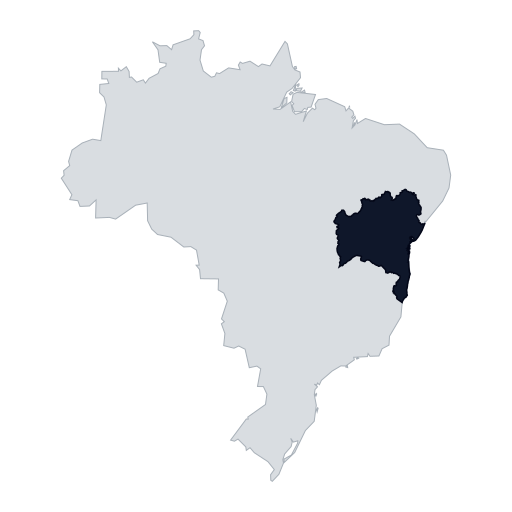 Bahia highlighted on a map of Brazil
{"feature_id": "BRA-624", "entity_name": "Bahia", "entity_type": "State", "adm_level": 1, "iso_a3": "BRA", "parent_name": "Brazil", "parent_adm1": "", "projection": "natural_earth1", "projection_center": [-41.603, -13.426], "detail": "fine", "context": "in_parent", "style": "filled", "palette": "ink", "viewbox_px": 512, "rotation_deg": 0, "n_neighbors": 0, "source": "natural_earth", "source_scale": "10m", "svg_char_len": 9612}
<svg xmlns="http://www.w3.org/2000/svg" viewBox="0 0 512 512"><path d="M131.5,77.0L136.7,82.2L143.3,79.8L145.4,83.1L149.1,78.3L158.1,73.5L160.0,68.8L165.8,66.2L166.2,63.3L159.7,62.3L158.0,49.8L152.4,41.8L160.0,45.8L166.8,45.6L171.6,49.7L173.1,44.8L190.1,38.8L193.9,34.7L193.7,30.9L198.7,30.7L200.2,32.5L198.6,38.9L203.0,40.6L204.5,45.8L201.5,49.7L200.0,60.1L203.3,71.0L211.3,77.2L214.8,76.3L216.5,72.8L219.5,73.6L228.6,67.9L240.1,69.7L238.4,65.1L240.2,62.0L242.5,63.4L250.0,61.2L258.4,66.6L262.0,64.0L270.0,65.9L285.0,41.4L287.4,43.9L292.4,66.5L295.0,70.0L300.0,72.0L300.5,77.7L292.0,88.5L286.7,92.1L279.8,106.8L273.0,109.0L280.1,109.4L290.6,101.9L292.7,111.4L295.5,114.3L306.4,111.0L303.2,121.7L307.4,113.2L312.4,108.2L314.8,109.7L316.0,108.2L315.0,104.3L318.3,99.6L326.7,98.5L344.7,106.7L346.0,110.9L348.6,108.0L352.8,111.2L353.9,114.7L351.7,117.2L352.7,118.4L354.9,116.1L355.5,118.3L353.4,120.7L352.1,128.0L354.9,125.0L357.0,119.6L357.4,123.5L365.5,118.5L384.4,124.7L399.5,124.1L414.3,133.9L427.2,147.7L443.4,150.2L446.5,155.2L450.7,175.1L449.0,188.0L442.7,201.0L425.2,222.5L425.2,220.8L421.9,230.6L416.4,239.2L413.8,240.5L411.9,236.6L410.3,238.5L408.0,247.8L409.9,274.1L406.7,289.3L407.2,295.3L402.3,301.7L400.9,316.9L389.5,336.2L389.0,345.1L382.1,348.7L378.9,356.0L370.0,356.3L368.1,353.5L367.4,356.6L353.7,357.3L354.3,359.8L345.7,366.0L340.8,365.9L332.2,371.0L321.4,380.3L319.4,384.7L317.5,383.0L316.8,385.0L314.3,384.1L317.5,386.8L315.0,389.6L314.3,394.6L316.3,405.3L314.2,421.3L305.4,430.5L294.7,452.5L284.3,462.4L284.0,459.1L291.4,455.0L297.7,443.0L297.8,440.8L293.4,442.1L290.7,438.3L292.2,442.1L291.1,446.6L284.7,453.9L282.8,459.7L283.5,463.0L278.9,474.3L272.3,481.3L270.8,480.3L270.6,474.7L274.3,469.6L268.0,461.7L254.3,452.7L250.0,447.7L246.3,450.4L245.8,446.9L238.0,439.1L234.4,441.2L230.6,440.1L246.3,419.0L248.2,419.1L247.8,417.0L265.5,404.5L266.9,394.1L263.4,386.6L257.5,386.5L260.7,368.8L256.9,366.1L249.3,367.7L245.1,349.2L238.7,346.0L234.0,348.2L223.7,345.6L224.9,333.5L221.4,323.8L224.3,321.7L221.5,318.9L227.3,301.2L223.8,293.1L218.2,289.9L218.5,278.9L200.5,278.7L199.6,269.6L196.1,265.2L199.2,265.1L196.5,250.1L190.8,246.6L183.8,247.0L171.0,237.2L157.5,234.5L151.7,229.1L147.6,220.7L147.2,203.0L135.6,205.2L115.6,219.1L109.5,217.4L95.6,218.0L96.1,199.9L89.4,206.0L80.0,206.4L77.9,200.7L69.7,199.6L71.9,194.7L61.3,178.2L64.1,175.3L63.6,170.7L69.7,165.6L68.6,161.4L72.0,150.1L82.2,143.0L92.6,139.2L100.8,140.6L106.3,104.9L104.0,97.0L99.6,92.7L99.8,84.4L108.8,83.5L107.2,79.0L101.8,78.9L101.9,71.4L118.5,71.3L118.4,68.2L120.9,70.9L126.3,66.7L129.1,71.5L129.4,77.4L131.5,77.0ZM297.0,92.4L315.5,94.5L311.1,107.1L307.8,107.4L307.2,109.5L304.4,108.5L301.5,111.7L294.5,111.7L292.0,105.4L293.8,103.8L291.6,101.5L293.1,94.2L297.0,92.4ZM281.3,107.6L284.1,98.6L287.0,97.3L286.8,102.9L281.3,107.6ZM302.1,88.0L300.3,91.4L296.1,90.6L296.8,88.4L302.1,88.0ZM295.8,84.3L295.1,91.2L293.3,90.5L295.8,84.3ZM305.1,92.4L302.4,92.7L301.2,92.2L304.5,90.1L305.1,92.4ZM293.0,92.6L290.3,94.9L289.2,93.7L291.1,91.7L293.0,92.6ZM298.0,86.6L296.7,85.1L298.9,83.7L299.1,85.1L298.0,86.6ZM296.6,68.7L295.0,69.1L294.6,66.6L296.1,66.4L296.6,68.7ZM317.1,412.0L316.5,409.7L317.7,407.7L318.1,408.3L317.1,412.0ZM347.3,365.1L347.7,367.6L345.8,367.0L347.3,365.1ZM315.9,396.1L315.1,394.8L316.3,393.4L316.7,394.0L315.9,396.1ZM354.5,123.5L353.3,126.1L354.5,122.4L354.5,123.5ZM412.8,240.9L411.0,241.6L412.1,239.6L412.8,240.9ZM358.6,358.3L356.8,359.1L356.4,358.7L357.5,357.5L358.6,358.3ZM409.8,245.6L409.1,247.0L408.6,246.1L409.8,245.6ZM349.5,105.7L349.6,107.1L349.1,106.9L349.5,105.7Z" fill="#d9dde1" stroke="#a8b0b8" stroke-width="1"/><path d="M423.0,224.1L424.6,223.7L425.1,223.1L424.4,224.5L422.2,230.0L420.9,232.5L418.3,236.8L415.6,240.2L413.9,241.1L413.5,241.2L413.7,240.2L413.9,240.0L414.0,240.2L413.9,239.6L414.1,239.3L413.8,238.7L413.7,237.8L412.6,237.5L412.4,236.8L411.9,236.5L411.9,236.0L411.7,236.4L411.6,237.3L411.3,237.7L411.5,237.9L410.8,239.1L410.4,239.0L410.2,238.6L410.0,237.8L410.4,237.2L410.2,237.0L409.6,237.9L410.2,238.7L410.3,239.3L410.6,239.4L410.9,239.2L411.0,239.5L411.6,239.5L411.3,240.0L411.3,240.6L411.0,241.1L409.9,241.9L410.0,242.3L410.8,242.6L409.4,243.8L409.1,244.7L409.3,245.3L408.5,245.2L408.5,244.8L408.2,245.6L408.3,246.4L408.0,246.9L408.0,247.7L407.7,247.9L408.0,247.9L408.0,247.2L408.3,246.7L408.5,246.6L408.9,247.2L408.8,247.8L409.2,248.8L408.9,249.4L409.0,250.6L408.8,250.6L408.5,250.4L408.3,249.8L408.0,249.5L407.9,249.2L407.5,249.2L407.4,249.5L407.7,249.3L407.7,249.7L408.1,250.0L408.5,250.7L408.9,250.9L408.7,251.1L408.2,251.0L408.1,251.3L408.2,251.8L408.9,252.4L409.0,253.2L408.6,253.4L408.3,253.2L408.1,253.4L408.2,253.7L408.1,254.1L408.4,254.5L408.2,253.8L409.3,253.3L409.1,252.4L409.3,252.1L408.9,251.7L409.2,251.3L409.5,251.3L409.6,252.6L408.9,255.0L409.0,256.1L408.8,256.5L408.8,257.3L408.1,260.3L408.5,261.7L408.3,261.9L408.6,261.9L408.8,266.8L409.5,272.3L410.1,273.9L409.3,276.4L409.2,277.8L408.7,278.8L408.7,279.8L408.2,280.7L407.8,283.2L407.4,284.9L407.5,285.9L407.3,286.6L407.1,288.1L406.7,289.1L406.6,290.6L406.9,292.4L406.8,293.9L407.3,295.1L407.2,295.4L406.1,296.7L406.0,297.2L404.6,297.8L403.8,298.8L402.5,301.0L402.1,302.5L397.1,298.9L396.6,297.8L397.0,296.9L396.8,296.1L396.0,295.4L395.7,294.9L395.2,294.5L394.9,293.7L394.1,293.6L394.0,293.2L394.2,292.3L394.0,292.0L393.7,292.2L393.8,291.4L393.4,291.5L393.2,291.9L392.9,291.7L393.0,290.7L393.4,290.2L393.3,288.6L393.8,286.3L394.2,285.7L394.9,285.9L395.9,285.8L396.5,285.3L396.5,285.0L396.1,284.3L396.3,282.3L397.0,281.9L397.6,281.9L397.6,281.4L398.3,280.2L399.5,279.3L399.8,278.0L400.3,277.2L400.1,276.4L399.6,275.6L398.9,275.6L397.9,274.6L397.6,274.4L397.2,274.4L396.7,273.6L395.4,273.6L394.3,273.0L393.6,273.3L393.2,272.8L392.5,272.4L391.5,272.7L390.9,272.0L390.1,272.1L389.6,271.9L388.8,272.6L387.7,273.1L386.2,272.6L385.9,272.6L385.5,269.8L381.2,265.3L380.7,265.5L379.8,266.1L378.4,266.2L377.6,265.3L377.2,265.4L376.4,265.2L375.0,264.4L373.6,263.3L372.8,263.3L370.4,261.2L369.8,260.4L367.8,259.9L366.6,260.1L365.6,260.6L365.0,261.5L364.5,261.6L361.1,260.5L360.8,260.1L360.8,259.5L360.7,259.0L361.5,256.5L360.6,256.0L360.0,256.0L359.5,255.7L359.1,255.8L357.8,255.6L357.3,255.3L357.1,255.5L356.3,255.4L353.1,257.1L351.3,258.5L351.0,259.2L350.8,259.4L348.6,260.8L347.5,261.0L346.5,262.4L345.3,263.3L344.2,263.4L343.7,264.1L343.2,264.6L343.0,265.2L342.3,265.7L340.5,265.5L340.1,266.3L339.2,266.9L340.1,264.1L339.6,262.6L340.6,260.7L340.5,259.7L340.1,258.5L340.6,256.6L339.7,256.1L339.2,255.2L338.5,254.7L338.1,253.4L337.6,252.5L337.2,251.0L337.0,248.6L337.6,246.3L337.9,245.6L338.8,244.9L339.0,244.4L338.9,243.9L337.9,243.4L338.1,241.5L339.1,240.4L338.8,240.0L337.6,239.0L337.3,238.4L337.4,237.6L338.1,236.3L338.1,235.2L337.8,234.9L336.6,234.4L336.2,233.4L336.4,230.6L337.1,230.1L337.6,229.4L338.4,229.0L338.9,228.4L338.6,227.9L338.1,227.5L337.1,227.6L336.9,226.6L337.2,226.3L338.5,225.7L338.8,224.9L337.7,224.2L335.2,223.5L334.8,222.7L334.1,222.1L334.0,221.7L334.0,221.2L334.4,220.6L335.0,220.0L335.9,217.5L337.3,216.7L336.9,215.7L336.5,215.5L336.6,215.1L338.7,213.1L339.2,212.9L341.1,211.6L341.5,211.2L341.7,210.3L342.0,210.2L343.5,210.2L343.7,210.4L344.7,211.7L345.1,213.4L346.2,215.3L348.9,216.7L350.0,216.3L351.4,216.4L352.0,215.3L352.9,214.9L353.2,214.3L353.7,214.1L353.9,213.7L355.2,213.2L356.3,213.3L357.2,213.6L358.1,213.3L359.5,211.6L360.2,211.4L360.3,210.7L360.7,210.4L361.3,208.7L361.8,208.3L361.8,207.6L362.3,206.9L362.4,206.4L362.2,205.8L362.5,204.8L362.5,204.1L362.0,203.3L361.6,201.4L361.0,200.3L361.2,199.8L362.4,199.9L362.8,199.0L363.1,198.7L364.2,199.0L364.5,198.4L364.8,198.3L365.3,198.8L365.5,199.6L365.8,199.8L366.3,199.5L367.5,199.6L367.6,199.3L368.2,199.1L368.9,199.4L369.1,199.9L369.9,200.0L369.9,200.7L370.8,201.1L371.2,200.9L372.0,200.8L372.5,201.0L373.0,201.3L373.4,200.4L374.4,200.6L374.9,199.5L375.6,199.1L376.0,198.4L376.6,198.5L377.7,198.2L378.1,198.0L378.8,197.2L379.0,197.4L379.3,197.2L379.7,197.4L380.0,197.3L380.5,197.7L381.2,196.8L381.8,196.4L381.7,194.8L381.8,194.6L383.0,194.4L383.6,194.5L384.2,194.1L384.5,193.3L385.1,192.4L385.4,191.5L386.2,191.8L387.7,191.5L388.1,191.6L388.2,192.3L389.2,192.2L389.4,192.8L389.7,192.9L389.9,192.8L390.2,193.2L390.2,195.1L390.5,195.8L390.6,196.6L392.1,197.4L392.2,198.8L391.5,200.0L391.9,200.0L392.8,200.4L393.6,200.2L393.8,199.6L394.6,199.4L394.8,199.0L395.4,199.1L395.7,199.0L396.3,196.0L396.6,195.6L397.0,195.5L397.5,195.9L397.9,196.0L398.5,195.5L399.4,195.3L400.1,194.3L400.3,193.8L400.1,193.1L400.2,192.7L402.1,192.3L402.3,191.9L402.1,190.9L403.0,190.7L405.0,189.4L405.4,189.4L406.1,189.7L406.8,191.1L408.7,191.7L409.3,192.4L410.4,192.1L411.0,192.3L411.9,193.0L412.5,194.5L412.9,194.5L413.0,193.2L413.3,192.8L413.7,192.7L414.1,192.9L414.3,193.2L413.8,194.2L414.1,194.8L414.8,195.2L415.7,194.7L416.0,195.0L415.8,195.7L415.8,196.3L416.9,199.6L418.8,200.3L418.9,200.9L418.7,201.1L418.4,201.9L418.9,202.3L418.6,203.2L418.6,203.4L419.2,204.9L419.8,205.3L419.9,205.8L420.6,206.6L421.1,207.6L421.0,209.9L420.5,211.2L420.7,212.0L420.6,212.9L420.9,213.4L420.9,213.9L420.1,214.5L418.9,215.1L418.0,214.5L416.9,214.6L416.4,215.8L416.5,216.6L417.0,217.2L417.1,217.7L417.7,218.2L418.2,219.8L419.0,220.4L419.0,220.8L418.8,222.0L418.9,222.3L419.6,222.7L419.9,222.6L420.3,223.0L420.8,223.9L422.0,224.5L422.4,223.9L423.0,224.1ZM408.5,245.5L409.8,245.5L409.9,246.2L409.5,247.4L409.9,248.4L409.8,248.7L409.6,248.5L409.3,248.6L409.1,247.9L409.2,246.7L408.4,246.3L408.5,245.5ZM412.4,239.7L412.9,240.8L412.4,241.1L411.0,242.5L410.9,241.6L412.1,240.5L412.0,240.4L412.1,240.1L411.9,239.6L412.0,239.5L412.4,239.7Z" fill="#0f172a" stroke="#020617" stroke-width="1.5"/></svg>